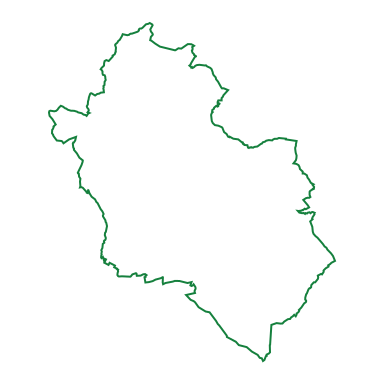 outline of Malovat, Mehedinti, Romania
{"feature_id": "2599482B51625304248487", "entity_name": "Malovat", "entity_type": "district", "adm_level": 2, "iso_a3": "ROU", "parent_name": "Romania", "parent_adm1": "Mehedinti", "projection": "mercator", "projection_center": [22.741, 44.72], "detail": "fine", "context": "isolated", "style": "outline", "palette": "green", "viewbox_px": 384, "rotation_deg": 0, "n_neighbors": 0, "source": "geoboundaries", "source_scale": "gbopen_adm2", "svg_char_len": 5918}
<svg xmlns="http://www.w3.org/2000/svg" viewBox="0 0 384 384"><path d="M310.4,197.0L309.6,194.9L309.6,191.8L309.9,191.2L311.5,190.0L313.5,189.0L313.1,188.6L314.0,188.0L314.1,186.9L312.6,184.9L313.5,184.3L310.8,182.8L309.0,179.5L307.5,177.6L306.9,175.3L304.2,173.5L302.7,173.5L302.7,171.6L300.0,169.1L299.4,166.7L298.5,165.1L296.4,163.9L293.5,163.4L295.9,160.2L296.4,158.2L296.6,155.6L295.7,152.7L295.2,149.0L295.2,147.7L295.9,145.8L295.9,144.3L296.6,141.0L285.8,139.4L285.9,138.7L278.9,138.0L277.1,138.8L274.6,138.8L273.1,139.5L272.2,140.4L268.8,140.1L266.2,140.7L264.9,141.7L262.8,142.3L261.9,143.6L260.9,143.9L257.4,146.5L254.4,146.9L253.0,147.7L251.3,147.2L251.2,147.5L249.4,147.5L248.9,148.0L248.0,147.6L247.4,145.2L244.4,145.0L244.1,144.2L243.2,144.1L242.7,143.4L242.9,142.6L242.7,142.3L241.6,142.1L238.3,139.4L233.3,138.7L229.7,136.7L229.4,137.2L228.1,136.7L226.6,134.0L224.1,132.1L222.4,127.8L221.8,127.2L218.4,125.7L214.9,125.1L212.8,123.1L211.8,121.0L211.1,115.0L211.7,113.2L212.7,112.1L212.1,111.6L212.3,110.0L214.0,108.7L214.1,107.7L216.2,105.9L217.5,106.6L218.2,106.2L218.1,105.2L219.4,104.0L219.5,103.6L218.6,103.1L217.7,103.7L217.6,102.1L218.3,100.4L221.6,100.4L221.6,98.1L222.9,96.7L223.4,95.3L228.1,90.1L223.7,88.3L222.0,88.4L221.2,87.4L218.0,81.6L216.1,79.3L215.7,77.4L213.6,75.1L212.8,73.3L212.8,72.5L211.6,69.2L210.3,67.9L207.1,66.4L205.9,65.3L205.0,65.5L199.4,64.8L196.9,65.1L195.3,65.8L194.2,67.0L192.7,67.9L192.0,67.0L191.3,67.6L191.1,67.1L189.4,65.6L190.7,64.5L190.8,63.7L194.8,57.0L195.9,56.4L195.8,56.0L194.0,54.9L194.0,54.2L192.5,52.7L192.1,51.5L191.9,50.4L192.5,49.8L192.6,48.3L192.2,47.1L194.1,45.8L193.4,45.3L191.2,44.2L187.8,44.1L181.3,48.6L178.4,48.3L175.5,50.2L175.0,50.3L159.9,46.6L155.2,43.6L151.4,40.7L150.2,40.2L150.9,36.9L152.8,34.7L152.5,33.5L150.9,31.5L150.3,29.4L152.6,25.3L152.3,24.5L149.7,23.0L148.4,23.8L146.0,24.3L142.5,27.8L141.4,28.5L140.0,28.5L139.2,29.0L138.8,29.8L138.9,30.5L138.1,31.4L137.1,31.9L131.8,33.7L130.9,33.6L129.6,34.2L129.1,34.8L127.3,35.2L122.7,34.2L122.0,36.0L119.7,39.9L118.3,40.9L117.3,42.7L115.5,44.2L115.1,45.0L116.0,47.7L115.6,51.4L115.8,51.8L115.2,52.6L115.1,53.5L114.6,54.4L112.6,55.6L112.8,56.5L108.7,61.0L106.3,60.1L104.6,61.1L104.1,63.3L104.0,65.6L101.5,68.0L100.7,69.3L101.4,69.7L102.5,71.4L102.5,73.4L102.9,74.8L104.7,75.3L105.3,76.9L105.3,78.1L105.7,80.0L104.6,81.8L104.5,85.0L103.4,86.1L103.7,87.2L103.3,88.7L103.6,89.4L103.9,92.3L100.6,92.7L99.4,93.6L97.2,94.0L95.1,95.5L91.5,93.3L90.6,93.4L90.1,94.0L88.9,97.4L88.6,99.5L88.0,101.4L87.8,104.5L86.8,106.2L87.2,107.6L88.4,109.1L88.7,110.0L88.7,110.7L87.6,112.3L89.3,113.0L88.2,113.5L86.6,115.9L85.5,115.0L83.5,114.6L81.7,113.2L78.1,112.4L77.1,111.7L74.1,110.8L70.9,110.7L67.7,109.7L66.3,108.6L65.3,108.4L62.9,106.6L60.8,105.8L58.8,107.8L57.5,109.7L56.1,110.9L54.3,111.3L50.3,110.7L49.3,111.2L49.0,112.6L49.6,115.9L52.4,119.1L55.7,124.5L53.6,126.4L53.8,126.7L52.9,129.0L52.2,129.8L52.0,133.3L53.1,134.7L53.2,135.5L54.1,136.9L56.8,140.5L61.5,141.0L62.2,141.4L63.5,143.3L69.1,139.4L76.0,136.9L75.2,140.5L73.8,142.6L73.2,142.6L72.8,143.6L73.3,147.7L74.0,148.5L73.9,149.8L76.9,153.4L79.4,157.7L82.8,160.4L82.6,161.9L81.5,165.1L77.8,172.8L78.1,173.4L78.8,173.6L79.1,176.7L80.4,178.6L80.0,181.7L80.4,186.1L80.0,187.4L81.3,187.1L82.8,187.8L86.4,191.8L86.7,192.7L87.5,193.0L87.6,191.4L88.2,190.2L88.5,190.4L89.4,193.1L91.6,196.7L95.1,199.4L96.3,201.9L97.6,203.1L100.7,209.2L102.4,211.4L103.6,214.0L102.9,215.5L103.0,216.4L105.4,220.3L105.6,221.9L106.2,222.6L107.0,226.1L106.3,229.6L105.8,231.9L105.1,232.8L104.8,235.1L105.8,237.9L105.7,238.9L105.3,239.9L104.2,240.6L103.9,241.2L104.3,242.7L102.8,243.9L102.4,248.0L101.3,250.2L101.8,251.5L101.4,253.8L101.7,254.7L101.3,255.4L101.1,257.4L101.5,258.1L102.9,257.0L103.9,260.2L104.7,258.8L106.0,259.4L104.3,262.7L108.5,264.9L109.6,262.8L115.0,265.6L114.2,267.3L117.0,268.6L116.8,269.0L118.1,269.8L117.8,270.3L118.1,271.4L117.6,273.0L117.4,275.0L118.1,276.1L118.9,276.5L122.0,276.3L130.3,276.7L130.7,276.5L132.4,274.4L135.9,273.2L136.5,273.6L136.8,275.8L140.7,275.6L143.2,274.3L145.1,274.1L146.5,275.1L145.5,276.0L145.7,277.7L145.2,276.8L144.5,277.2L145.4,282.5L148.9,282.1L152.7,281.1L155.5,279.6L160.8,278.2L162.6,277.2L162.9,277.3L162.7,282.4L163.1,284.2L165.5,283.0L172.8,281.6L174.9,280.9L179.5,281.0L187.5,283.0L191.5,282.1L190.4,285.4L191.6,286.0L192.8,285.4L193.6,284.3L195.3,286.9L195.6,288.1L195.5,289.0L194.7,290.5L194.6,291.8L195.0,293.0L186.1,295.0L190.6,299.8L193.8,301.2L195.1,302.3L198.6,307.2L205.6,311.5L209.6,312.3L216.1,321.0L217.8,324.0L219.2,325.4L226.8,335.7L226.9,337.0L235.9,341.8L238.8,345.1L246.7,347.1L251.9,351.6L257.7,354.9L259.7,357.8L261.8,358.3L263.0,361.0L264.4,360.0L265.9,356.1L266.7,355.9L266.6,354.6L268.9,353.5L270.0,352.3L269.8,345.1L270.1,344.8L271.4,324.9L276.6,323.1L280.5,323.6L282.5,323.5L284.2,321.6L287.9,319.2L290.2,318.9L291.0,317.5L292.8,316.3L294.2,314.8L295.7,316.3L296.6,314.6L296.6,313.5L298.4,312.2L299.1,311.0L299.3,310.6L298.9,310.0L301.3,307.6L304.2,303.3L305.7,302.3L306.1,301.7L306.1,300.5L305.2,299.6L305.3,297.5L306.2,294.2L306.8,293.6L308.5,289.3L309.5,288.2L310.1,288.2L311.1,287.3L311.3,285.1L313.8,282.3L315.2,282.3L317.9,278.9L318.2,277.3L317.8,275.6L321.1,273.9L322.0,274.4L323.5,272.2L323.7,271.7L323.5,270.7L323.8,270.2L325.7,268.3L328.5,266.6L328.6,265.9L328.2,265.3L330.1,264.1L331.4,262.8L335.0,260.9L333.0,256.0L331.0,253.3L327.4,249.6L326.4,247.7L324.6,246.5L322.9,244.0L317.5,237.7L315.5,236.1L313.5,233.8L312.8,231.7L312.3,226.8L310.2,221.4L312.6,219.2L312.1,218.6L312.6,217.2L314.5,214.3L314.3,213.2L314.6,212.8L312.7,212.0L311.9,212.1L310.5,213.2L309.6,212.3L307.7,212.7L307.0,213.5L305.4,213.1L305.0,213.9L303.5,213.0L302.1,213.2L299.3,212.6L297.8,210.9L299.3,211.1L300.1,210.7L301.0,210.8L302.5,210.0L302.9,210.2L304.7,208.7L305.8,209.2L309.1,207.4L307.9,205.4L303.3,199.9L305.9,198.2L307.8,197.7L309.2,197.8L310.4,197.0Z" fill="none" stroke="#15803d" stroke-width="2"/></svg>